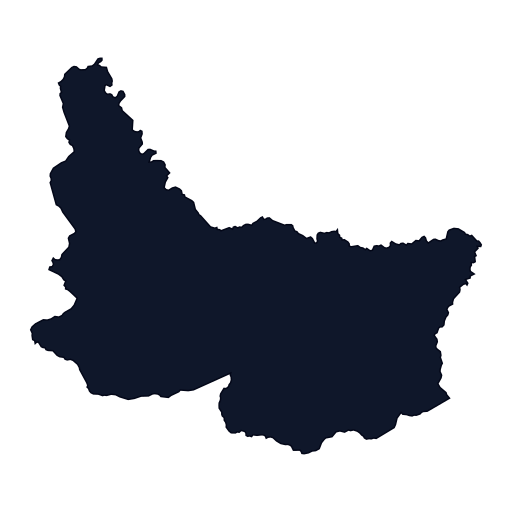 Itacajá, Tocantins, Brazil (Albers equal-area conic projection)
{"feature_id": "56859067B1314671145459", "entity_name": "Itacajá", "entity_type": "district", "adm_level": 2, "iso_a3": "BRA", "parent_name": "Brazil", "parent_adm1": "Tocantins", "projection": "albers", "projection_center": [-47.679, -8.502], "detail": "fine", "context": "isolated", "style": "filled", "palette": "ink", "viewbox_px": 512, "rotation_deg": 0, "n_neighbors": 0, "source": "geoboundaries", "source_scale": "gbopen_adm2", "svg_char_len": 5943}
<svg xmlns="http://www.w3.org/2000/svg" viewBox="0 0 512 512"><path d="M376.2,438.4L394.1,427.6L395.5,424.5L397.0,418.1L401.1,412.4L402.7,414.2L406.7,414.6L409.4,415.5L412.1,415.9L414.0,415.1L416.4,415.2L420.1,413.9L421.5,412.3L423.2,411.5L427.2,411.2L449.5,398.2L446.6,394.7L446.0,392.6L440.0,387.5L437.8,383.7L441.0,377.9L441.6,375.2L440.0,371.6L440.1,369.6L441.3,365.2L442.3,363.3L440.3,357.4L440.9,355.3L440.3,351.6L437.1,349.1L435.8,347.5L435.8,345.6L437.3,341.8L436.9,339.2L434.2,335.5L435.0,333.8L437.0,332.7L438.6,328.1L439.8,327.0L442.2,326.8L443.9,324.9L444.3,321.0L445.9,317.1L447.8,314.9L448.4,312.6L446.8,309.4L447.8,307.3L449.1,305.9L452.6,304.1L452.5,302.2L453.5,298.7L459.5,292.1L460.0,289.7L459.6,287.3L463.2,284.4L465.8,283.5L467.0,285.0L467.8,283.2L465.4,279.5L470.1,278.0L470.2,276.0L474.2,274.0L470.4,271.4L469.9,269.2L470.2,266.9L471.4,265.2L471.2,262.5L473.4,262.7L475.2,261.7L474.6,256.5L476.1,255.7L474.5,251.9L478.0,248.3L477.1,246.3L480.7,246.5L481.3,244.8L480.0,242.7L478.6,241.1L476.9,241.1L471.7,235.4L469.8,236.2L467.7,234.6L465.4,234.2L464.5,232.5L458.4,228.9L453.9,228.4L449.2,230.1L447.9,231.7L446.2,239.0L442.8,239.9L440.8,241.0L438.6,240.7L435.3,239.2L433.6,239.4L428.2,243.0L426.3,240.8L425.5,237.9L424.1,236.4L422.0,237.4L419.1,240.9L415.9,240.5L411.7,244.0L407.8,243.5L406.4,245.2L403.0,243.2L400.9,243.5L399.4,244.9L395.6,243.9L391.7,241.5L390.3,243.1L390.5,245.5L389.1,247.3L386.5,248.2L384.4,247.7L381.0,245.1L378.9,246.1L376.7,245.7L374.2,246.2L372.4,250.3L370.1,250.8L366.7,248.4L365.3,249.7L362.9,248.0L360.2,247.5L357.8,245.7L351.2,246.8L349.2,246.0L349.2,243.9L347.9,242.0L344.3,239.7L342.2,240.1L341.7,238.2L339.7,237.2L339.5,235.2L337.8,233.6L337.4,229.8L336.0,231.6L334.2,231.3L331.6,231.7L329.1,232.9L326.6,232.6L324.5,233.4L320.3,232.4L318.3,233.2L317.2,235.0L317.0,238.9L317.6,241.2L316.5,243.0L314.7,243.1L312.4,238.6L310.6,237.0L306.5,238.5L302.7,235.6L298.4,233.6L296.9,231.7L294.8,231.0L293.0,227.5L292.7,225.8L291.3,224.7L286.3,224.7L284.7,225.3L272.5,220.6L269.3,217.9L267.2,218.1L265.7,219.2L263.7,219.4L262.4,217.0L260.7,217.8L257.0,221.3L253.0,223.4L251.7,225.3L248.0,224.3L245.8,224.4L243.5,225.6L241.6,227.4L239.6,227.0L237.7,227.9L235.1,226.5L233.3,227.2L232.6,229.2L229.2,227.7L221.0,230.8L219.7,229.7L217.2,229.4L216.8,227.5L214.9,228.2L210.5,226.9L200.6,215.8L198.9,214.7L198.2,213.0L195.3,209.4L193.6,202.4L191.8,200.7L184.9,197.0L184.4,194.9L182.1,194.4L181.4,190.8L179.5,189.0L175.5,187.1L172.3,188.0L168.6,190.3L166.1,189.7L164.1,187.6L165.3,182.1L167.8,177.6L166.5,175.9L169.6,172.9L164.8,167.4L165.1,164.8L163.6,162.0L161.0,160.7L156.1,160.6L153.5,160.7L151.4,162.1L149.1,162.1L150.6,157.3L152.1,155.1L156.0,153.2L155.8,151.2L154.0,151.1L150.1,149.4L148.1,149.5L143.8,153.7L142.0,154.3L140.2,153.4L139.1,151.7L138.6,150.1L138.9,148.0L142.3,144.0L142.2,142.1L140.6,137.9L142.1,133.9L141.9,131.3L140.3,130.5L138.9,131.7L137.1,132.0L134.6,131.5L132.2,129.9L132.8,120.4L122.2,110.7L121.5,107.8L118.6,105.6L118.9,103.4L120.4,101.0L124.7,96.5L124.7,94.6L123.0,91.4L120.9,90.9L119.1,91.9L117.2,96.4L115.2,97.8L112.8,96.8L111.7,94.7L110.0,93.9L107.4,94.3L105.6,93.0L104.2,90.5L105.0,85.5L106.4,84.7L110.0,86.4L111.9,85.0L111.7,83.0L112.2,81.1L111.8,78.8L107.6,71.7L106.4,67.4L101.2,67.0L99.5,65.5L97.5,64.8L98.4,62.9L100.7,61.6L102.0,60.1L101.9,58.3L100.0,58.3L98.0,58.9L94.5,64.2L92.2,66.0L88.1,66.5L87.3,68.2L85.4,69.7L80.7,69.9L79.1,69.3L76.4,66.9L74.0,66.5L71.9,67.5L64.8,74.3L64.5,76.9L63.2,79.4L61.0,81.6L58.5,83.0L59.3,85.0L60.7,86.3L60.4,88.2L61.5,92.5L60.2,93.5L60.0,95.5L63.4,103.6L62.6,107.2L64.1,112.4L69.4,126.1L68.6,128.7L66.4,132.5L65.8,136.6L67.5,138.8L69.5,139.9L69.0,142.4L70.3,144.4L72.5,145.5L73.9,148.6L74.3,151.7L68.8,156.5L65.7,161.1L61.4,162.8L53.4,168.2L50.4,173.7L50.2,176.1L51.2,178.5L51.3,180.6L50.2,182.6L56.3,204.7L58.9,206.1L61.0,208.2L62.8,212.1L75.1,228.9L75.9,231.6L74.5,233.4L69.7,235.9L68.4,238.2L69.6,243.4L68.9,247.2L62.0,254.5L61.4,257.4L59.7,259.8L57.2,260.0L54.9,259.6L53.3,258.1L52.0,260.6L53.2,262.8L53.4,264.7L52.2,266.7L49.8,267.0L49.0,269.6L58.5,274.1L61.9,276.7L63.9,279.9L65.8,280.9L64.1,285.3L65.7,287.0L65.6,288.9L67.7,289.6L70.0,291.4L77.2,298.2L74.2,305.2L71.2,308.8L65.2,312.2L63.4,313.6L62.1,315.5L58.8,317.1L54.9,316.5L51.2,318.9L47.3,320.1L43.3,319.8L35.6,323.8L32.1,326.9L30.7,329.8L32.3,333.2L32.1,335.5L32.7,339.6L34.7,340.6L35.2,343.5L36.6,342.2L38.4,342.1L41.3,346.7L43.0,347.5L45.0,347.7L46.1,349.7L48.1,350.4L52.9,350.7L57.1,355.3L59.7,356.7L63.9,357.3L65.1,359.2L67.2,359.9L70.3,359.3L73.0,360.3L77.6,364.3L79.4,367.6L79.7,369.6L86.7,382.5L87.8,385.3L87.1,387.1L88.6,388.5L89.5,391.0L91.0,392.7L93.4,393.9L98.4,394.1L102.6,395.6L104.2,395.1L106.6,395.4L111.2,394.2L115.7,394.7L119.8,396.8L128.2,399.4L134.3,398.4L141.1,396.1L148.5,395.9L152.5,393.9L154.7,393.6L157.8,394.0L159.8,395.1L160.9,396.5L168.4,397.4L171.0,395.4L178.8,391.7L180.2,390.0L188.2,390.6L193.5,389.8L230.7,373.0L230.3,374.9L231.2,377.0L231.4,379.9L230.6,382.8L229.1,384.7L228.7,386.4L227.2,387.9L225.7,388.6L224.0,388.4L220.7,393.8L220.2,396.1L220.7,397.9L220.4,400.2L219.2,403.0L219.1,405.4L219.2,408.2L221.8,412.2L221.8,414.2L222.3,415.9L224.2,417.6L224.3,420.3L225.7,422.3L226.4,424.9L226.2,427.1L229.1,431.1L231.2,432.8L235.4,432.9L237.2,431.9L239.2,432.2L241.0,430.5L243.1,430.9L245.1,431.6L246.0,433.3L246.1,435.4L247.7,436.3L249.4,435.9L251.6,436.6L252.9,434.8L257.0,435.3L261.3,434.8L263.4,434.9L265.4,436.0L266.2,438.2L268.0,437.2L270.7,436.9L273.1,437.7L276.5,440.9L280.8,443.5L285.3,444.5L288.0,444.4L290.1,445.2L291.5,446.3L293.4,450.2L299.9,450.1L301.2,451.5L301.9,453.4L304.1,453.7L308.5,452.8L312.1,451.0L315.7,450.6L319.2,448.7L321.5,442.7L324.1,439.4L325.7,437.9L332.0,436.7L336.1,431.8L339.9,430.9L344.6,432.1L348.5,430.0L350.5,430.6L353.5,429.9L357.4,431.2L359.7,432.8L361.8,435.1L363.5,436.2L364.4,437.9L366.4,439.1L369.0,438.6L371.3,438.8L373.7,438.0L376.2,438.4Z" fill="#0f172a" stroke="#020617" stroke-width="1.5"/></svg>